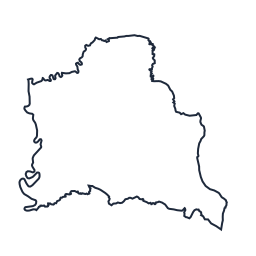 Ban Sang, Prachin Buri, Thailand, rotated 5°
{"feature_id": "78962969B49210978895600", "entity_name": "Ban Sang", "entity_type": "district", "adm_level": 2, "iso_a3": "THA", "parent_name": "Thailand", "parent_adm1": "Prachin Buri", "projection": "mercator", "projection_center": [101.25, 13.956], "detail": "fine", "context": "isolated", "style": "outline", "palette": "slate", "viewbox_px": 256, "rotation_deg": 5, "n_neighbors": 0, "source": "geoboundaries", "source_scale": "gbopen_adm2", "svg_char_len": 5707}
<svg xmlns="http://www.w3.org/2000/svg" viewBox="0 0 256 256"><g transform="rotate(5 128 128)"><path d="M142.7,41.8L142.3,41.1L143.2,40.8L142.6,39.8L141.9,40.2L141.3,39.2L140.7,38.7L140.8,37.4L140.4,37.0L131.6,35.2L129.6,35.5L126.4,35.0L120.1,36.3L118.4,36.4L116.4,37.1L110.2,38.2L109.7,38.9L102.3,40.1L101.9,40.0L100.2,41.2L101.2,41.6L101.4,43.1L99.1,44.2L98.0,42.8L96.8,43.4L95.4,42.9L94.5,42.9L93.2,41.7L91.6,42.1L88.1,40.7L87.5,41.5L87.1,43.4L85.1,45.9L83.6,47.0L82.9,49.0L81.1,49.6L79.2,48.9L78.2,49.8L78.4,51.6L79.3,52.8L79.2,53.7L78.6,54.7L77.3,55.7L77.0,56.4L76.5,58.8L76.6,60.2L76.3,61.0L75.7,61.7L74.0,62.9L73.5,64.0L74.2,65.6L75.7,66.6L76.2,67.2L76.5,68.1L76.4,68.7L75.3,69.2L74.7,69.2L73.4,68.4L72.4,67.3L71.2,67.8L70.6,68.4L70.8,69.4L72.2,71.2L72.8,74.0L73.7,75.6L73.7,76.7L73.3,77.4L72.6,77.6L71.0,76.4L70.2,76.1L67.2,77.0L64.8,78.5L61.4,79.0L57.4,78.8L57.3,79.3L58.0,81.6L57.3,82.7L56.7,83.1L55.4,82.5L54.6,80.7L53.7,79.5L52.7,79.3L50.9,82.0L50.9,82.7L51.5,84.7L51.1,85.7L50.2,85.9L49.6,85.6L48.2,82.3L47.5,81.9L46.6,81.9L45.8,82.9L45.4,84.1L45.5,84.9L47.0,87.0L47.0,87.6L46.7,87.9L45.8,88.0L43.9,87.1L41.9,87.8L41.1,87.7L40.4,87.2L39.1,85.8L38.7,85.7L38.4,87.6L37.6,88.8L33.1,90.8L30.5,92.7L29.6,92.4L28.6,91.5L28.5,90.3L28.8,88.0L28.4,87.3L27.7,87.2L26.4,87.5L24.2,88.4L24.7,89.2L25.2,92.6L25.7,100.0L27.2,105.3L28.0,112.4L27.7,113.6L26.7,114.7L25.5,115.3L23.4,115.7L23.1,116.7L23.1,117.9L24.2,119.4L26.2,121.3L28.4,122.0L31.4,122.2L32.5,123.1L32.4,126.6L32.7,127.7L33.2,128.7L35.0,130.8L35.9,132.6L37.7,138.4L38.0,143.8L37.6,145.3L36.2,147.1L35.7,148.3L35.6,149.1L35.8,149.8L36.9,150.6L37.7,150.6L38.6,150.2L39.8,149.0L40.8,147.4L41.4,146.8L42.4,146.9L43.0,148.1L42.3,151.8L43.2,154.3L43.1,155.0L36.6,163.5L35.8,165.8L35.7,166.9L36.5,170.7L35.7,172.6L35.6,173.5L36.1,174.8L38.5,178.0L38.6,179.3L37.8,180.2L36.9,180.5L34.2,179.8L32.0,179.8L30.7,180.7L30.1,182.8L30.8,184.7L32.0,186.3L32.9,186.8L34.1,186.8L36.6,185.5L37.7,184.7L41.3,180.3L42.6,180.2L43.2,180.4L43.6,180.9L44.0,182.5L44.1,184.4L43.6,186.1L37.8,193.3L35.9,194.8L34.5,194.9L33.6,194.4L31.7,192.1L29.3,188.1L28.4,187.6L27.0,187.7L25.6,188.8L25.0,189.9L24.6,191.4L24.9,193.3L25.8,196.1L28.3,200.6L29.6,202.1L30.5,202.9L34.3,204.7L38.2,207.0L42.2,208.0L43.0,209.0L43.0,211.1L42.3,212.6L41.7,213.1L40.1,214.1L32.7,215.8L32.3,216.2L31.9,217.1L32.0,217.9L32.6,218.6L33.9,219.1L35.3,219.1L37.0,218.8L40.7,217.3L42.7,217.2L43.9,217.8L45.9,215.0L46.1,214.3L47.1,213.9L47.5,213.0L48.2,213.2L48.6,212.8L50.1,213.0L51.1,212.5L52.3,213.6L53.0,213.3L54.2,213.4L55.1,212.9L55.3,212.3L55.1,211.9L55.6,211.5L54.9,210.3L55.0,210.0L56.0,210.2L56.9,209.9L58.2,210.7L60.4,210.8L60.9,210.4L61.2,209.5L61.8,209.2L63.0,209.2L63.8,207.0L65.6,206.2L66.6,205.3L66.7,203.8L67.1,203.2L68.2,203.2L69.2,202.3L71.8,201.8L71.9,201.3L71.2,200.5L71.6,199.4L72.6,199.1L74.7,199.3L75.1,199.1L75.6,199.3L76.8,198.8L76.9,198.3L76.2,197.6L76.2,197.2L77.1,195.8L80.4,195.4L82.6,196.3L83.5,195.7L83.8,196.1L84.0,197.0L85.1,197.7L86.0,197.2L86.4,197.6L86.9,197.3L87.6,197.6L88.1,197.0L91.2,197.5L92.6,196.9L93.4,197.5L95.2,196.7L95.3,196.4L94.8,195.7L94.9,194.8L95.8,194.0L95.6,192.7L96.0,191.6L95.9,191.2L95.1,191.0L94.7,190.4L93.8,188.8L94.1,188.8L95.6,189.0L97.6,188.9L100.5,190.4L103.6,191.1L106.0,192.0L111.0,194.7L113.0,196.1L115.0,197.8L115.2,198.1L114.9,198.7L115.9,200.1L115.6,201.4L114.9,202.7L115.6,205.0L118.3,206.4L120.0,204.6L122.7,204.2L124.4,203.1L126.7,203.5L128.6,203.0L130.2,201.4L131.6,199.2L134.0,198.5L135.3,197.4L136.6,197.3L138.6,198.0L142.8,195.5L144.4,196.2L145.7,197.7L147.7,197.9L149.0,197.4L149.5,197.8L149.4,198.8L149.6,199.2L153.1,200.2L155.2,201.3L156.9,200.6L157.9,201.9L158.3,201.8L158.9,200.8L159.5,200.6L160.9,200.7L161.1,201.5L161.6,201.5L162.1,201.0L162.4,199.7L164.2,199.3L165.3,198.6L168.4,199.3L171.7,201.0L174.7,204.4L176.1,204.9L180.7,205.1L184.1,205.6L188.6,205.7L189.5,205.4L191.4,202.9L191.8,203.2L192.3,204.7L191.3,207.2L191.8,208.5L191.7,210.7L193.6,211.8L194.5,211.8L197.0,212.6L198.2,211.2L200.2,206.1L201.4,204.1L203.1,203.1L204.4,203.3L205.4,203.1L206.4,204.7L207.5,205.0L208.2,205.7L208.4,207.1L208.9,207.9L208.5,208.5L210.6,209.4L212.5,212.3L215.7,212.1L219.1,215.8L224.5,218.1L229.6,221.0L230.1,214.3L230.5,211.7L230.1,208.2L230.0,205.0L230.9,201.8L231.1,199.5L232.1,198.8L231.9,197.9L232.5,197.1L232.8,196.2L232.7,194.4L232.9,193.4L232.3,192.8L231.9,191.5L229.8,190.0L227.4,188.8L224.6,185.2L223.8,184.6L219.4,182.7L215.0,181.8L210.4,179.0L206.9,174.7L204.8,170.4L202.6,163.8L202.2,160.1L199.6,152.0L199.5,151.0L200.3,150.3L200.6,149.7L199.8,147.2L199.7,142.7L200.3,137.1L201.4,134.6L201.9,132.6L204.3,129.6L204.7,128.5L204.5,125.4L204.7,124.1L203.6,120.2L203.2,119.6L200.9,118.3L199.6,115.8L199.5,114.7L199.9,112.0L199.7,111.2L197.2,107.4L196.7,107.2L196.3,107.3L195.0,109.1L188.3,110.4L183.8,109.7L181.9,108.4L179.7,109.6L178.1,108.2L174.6,107.7L173.9,106.6L173.4,104.6L172.1,102.0L172.4,99.5L170.9,98.6L171.9,97.4L170.4,95.5L171.4,94.2L170.9,91.7L168.8,87.8L166.8,86.2L164.3,82.2L161.9,80.6L156.6,78.7L154.4,78.6L150.0,79.1L148.0,79.1L148.0,78.1L147.2,77.6L147.2,77.2L148.8,77.2L148.9,76.8L148.6,76.4L147.3,76.3L147.2,76.0L148.7,74.4L148.8,73.9L148.7,73.7L146.7,74.7L146.1,74.6L146.0,73.2L147.0,71.8L146.0,71.1L146.6,69.9L144.2,68.0L144.3,67.6L144.8,67.4L146.7,67.6L146.7,66.3L147.2,64.7L146.6,63.7L146.6,63.2L147.2,62.0L149.0,61.1L148.7,58.3L147.2,57.1L146.6,56.1L147.8,54.1L147.8,52.3L147.4,52.1L146.4,52.4L146.0,52.2L145.9,49.8L145.6,49.0L145.7,48.6L146.9,48.2L147.3,46.7L145.5,46.7L145.3,46.5L145.7,45.8L147.4,45.0L147.1,44.7L146.6,44.8L146.0,43.5L145.4,43.4L145.3,42.2L144.2,42.1L143.8,42.5L143.5,42.2L142.4,42.7L142.0,42.6L142.0,42.3L142.7,41.8Z" fill="none" stroke="#1e293b" stroke-width="2"/></g></svg>